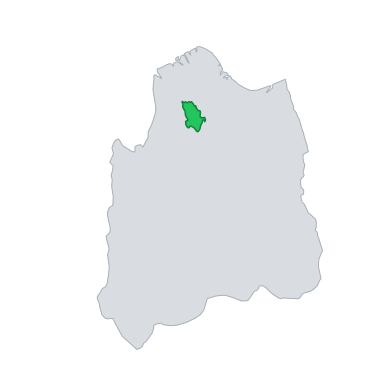 Enugu on a map of Nigeria (Equal Earth projection), rotated 161°
{"feature_id": "NGA-2862", "entity_name": "Enugu", "entity_type": "State", "adm_level": 1, "iso_a3": "NGA", "parent_name": "Nigeria", "parent_adm1": "", "projection": "equal_earth", "projection_center": [7.353, 6.518], "detail": "fine", "context": "in_parent", "style": "filled", "palette": "green", "viewbox_px": 384, "rotation_deg": 161, "n_neighbors": 0, "source": "natural_earth", "source_scale": "10m", "svg_char_len": 4886}
<svg xmlns="http://www.w3.org/2000/svg" viewBox="0 0 384 384"><g transform="rotate(161 192 192)"><path d="M295.4,61.1L305.1,78.7L307.2,91.8L308.1,98.2L309.7,99.0L312.6,99.3L314.8,100.6L316.1,102.7L317.0,104.7L317.1,105.9L316.6,113.8L315.9,116.6L316.3,120.5L316.2,122.2L315.9,123.3L314.6,124.6L312.8,125.9L308.5,129.6L307.2,130.2L305.4,130.3L303.8,131.2L302.0,133.2L298.0,140.7L294.6,148.3L292.2,160.5L289.2,164.4L288.6,167.8L288.2,175.4L287.8,177.7L287.3,178.4L284.0,179.8L282.1,181.6L281.0,185.1L279.6,196.9L279.1,198.8L278.1,200.8L276.4,203.0L275.0,204.3L271.2,205.1L267.7,214.0L267.6,215.5L266.1,223.6L263.4,229.7L263.2,233.6L259.8,238.9L258.0,242.6L259.8,246.4L260.0,247.0L254.1,253.4L253.7,254.4L253.5,258.9L253.0,260.1L251.9,261.7L250.3,263.5L248.7,264.9L246.9,265.9L245.1,266.2L244.1,265.7L243.6,264.3L242.6,258.9L242.0,257.7L240.9,256.6L236.3,250.6L233.5,248.5L233.0,248.7L232.5,249.2L231.7,252.3L230.9,253.4L229.5,253.8L227.0,253.8L225.1,253.4L224.7,252.8L223.8,250.4L218.1,255.9L216.2,257.1L213.6,263.6L210.1,266.8L207.6,269.6L201.0,278.4L199.7,281.0L198.4,284.9L195.6,301.5L191.0,311.8L190.4,314.0L190.2,314.0L189.6,314.9L187.8,314.3L187.0,312.4L185.9,312.1L184.0,309.2L183.6,309.7L185.6,316.8L184.9,319.6L179.3,319.7L174.5,320.6L171.2,320.6L169.5,319.5L168.8,316.9L168.5,317.1L168.3,318.6L167.3,319.7L163.6,319.9L162.0,318.1L160.6,316.0L159.2,315.1L159.4,316.0L161.1,318.0L160.9,320.9L157.9,324.2L156.0,324.4L154.8,323.0L154.2,320.6L153.9,317.2L153.1,314.9L152.7,314.9L153.2,318.6L153.2,322.2L154.7,324.9L152.5,325.7L149.9,325.8L149.5,324.8L149.2,322.6L148.7,322.0L148.2,325.8L142.8,326.9L142.1,326.7L141.9,326.0L142.3,324.9L142.2,323.2L141.0,324.5L140.8,327.2L140.2,327.6L138.1,327.2L135.9,325.9L132.2,322.5L127.8,317.1L127.1,314.7L125.8,311.7L123.5,303.4L123.9,303.0L125.0,303.5L125.5,302.7L123.6,302.1L123.2,301.5L123.1,299.7L123.2,297.5L126.0,296.3L126.6,295.0L127.0,293.6L123.6,295.7L120.3,293.3L119.6,291.9L120.0,290.8L123.7,290.8L125.1,289.7L124.3,289.3L122.8,289.4L122.3,288.7L122.3,287.0L121.9,287.3L121.3,288.8L119.1,290.0L117.8,288.8L117.7,286.4L117.4,285.3L116.3,284.4L112.5,277.9L107.7,272.5L103.5,268.8L97.1,267.0L83.6,267.1L82.8,266.5L83.7,265.7L84.8,265.1L89.2,262.1L88.5,261.7L83.9,263.6L82.4,263.8L80.4,267.4L67.1,268.2L67.2,266.5L67.8,261.8L68.6,258.5L67.7,254.5L67.5,250.9L68.1,249.7L68.3,248.4L68.2,239.1L68.9,237.7L68.9,236.8L67.5,232.8L67.6,229.8L67.3,226.9L66.9,225.5L67.5,214.2L67.3,211.4L67.7,209.4L68.0,204.6L68.0,199.8L68.9,192.3L74.6,191.3L75.9,188.3L76.7,184.6L76.5,180.9L78.4,177.7L80.6,174.8L80.5,171.6L81.1,170.7L82.2,169.9L83.7,169.6L85.4,168.0L86.4,165.3L87.3,160.9L85.9,157.8L85.9,157.1L86.4,155.5L87.3,153.8L88.0,153.3L89.7,153.7L90.2,153.1L91.3,148.2L91.2,146.9L89.7,143.7L88.9,134.9L88.4,133.8L87.3,132.2L84.1,126.0L84.2,123.1L85.6,119.4L86.4,117.5L87.6,116.5L87.9,115.7L87.5,114.6L86.9,113.8L86.8,112.2L87.4,109.8L87.3,107.3L87.6,94.1L90.2,91.5L93.9,87.2L95.9,82.7L96.9,79.3L98.2,68.0L100.2,66.8L103.9,62.7L109.0,60.3L112.3,59.6L118.1,60.0L121.0,59.6L123.6,57.4L124.7,56.8L126.3,56.4L140.7,62.3L142.0,62.0L143.1,62.4L144.9,63.9L149.1,69.4L153.6,77.9L155.0,79.7L156.4,80.7L157.8,81.0L158.9,80.9L159.9,80.1L161.3,78.5L163.4,77.7L165.1,77.9L174.1,71.4L175.0,71.3L180.5,72.7L188.1,79.2L194.2,83.5L198.6,84.9L203.6,85.9L212.3,86.2L218.8,77.1L221.2,75.1L224.1,73.3L230.2,71.6L240.3,70.5L249.7,71.0L255.6,72.5L261.8,75.5L264.5,78.3L268.7,78.8L271.7,78.2L272.7,75.4L275.6,71.7L280.1,68.3L283.8,65.9L286.8,64.8L289.5,62.1L291.7,61.2L295.4,61.1ZM163.9,323.6L161.9,324.5L160.6,324.3L162.4,320.5L163.3,321.3L164.5,321.6L163.9,323.6Z" fill="#d9dde1" stroke="#a8b0b8" stroke-width="1"/><path d="M168.0,248.2L168.2,249.3L169.0,251.6L169.6,252.6L170.3,253.4L171.1,254.2L171.9,254.7L172.8,254.6L173.4,254.0L174.1,253.7L175.0,254.3L175.5,255.4L175.8,256.8L175.8,258.1L175.0,260.8L173.6,261.0L172.9,260.9L172.3,261.5L173.1,265.1L173.1,267.1L172.2,270.9L172.5,271.6L172.6,272.0L172.8,273.2L172.9,274.1L173.0,275.0L173.0,275.8L172.6,276.7L172.1,277.4L172.0,278.8L172.2,280.3L171.7,280.7L170.9,279.8L170.4,279.4L169.9,279.0L168.9,279.4L167.5,278.0L166.5,278.1L165.5,278.3L165.4,278.2L165.1,278.0L165.0,277.7L164.6,277.4L164.4,277.4L163.8,277.6L163.2,277.5L162.7,276.8L162.5,275.9L162.2,275.1L161.9,274.3L162.0,273.3L161.5,272.8L161.4,272.1L161.1,271.8L160.8,272.2L160.5,272.2L160.3,271.9L160.4,271.5L160.4,271.0L160.4,270.5L160.5,270.4L160.7,270.2L160.6,269.9L160.5,269.6L159.8,267.6L159.4,266.8L159.1,266.6L158.4,266.4L158.1,266.2L157.9,265.5L158.5,263.3L159.6,261.6L159.7,259.7L159.1,259.3L158.4,259.2L157.2,258.5L156.1,258.5L155.8,258.4L155.8,257.4L155.6,256.6L156.2,255.1L156.9,254.5L157.0,254.8L157.0,255.0L157.1,255.4L157.2,255.6L157.5,256.3L158.1,256.6L159.0,255.6L159.8,254.3L161.5,252.7L162.6,251.4L163.8,249.3L164.2,248.8L164.8,248.5L165.5,247.8L166.3,247.2L167.3,247.3L168.0,248.2Z" fill="#22c55e" stroke="#15803d" stroke-width="1.5"/></g></svg>